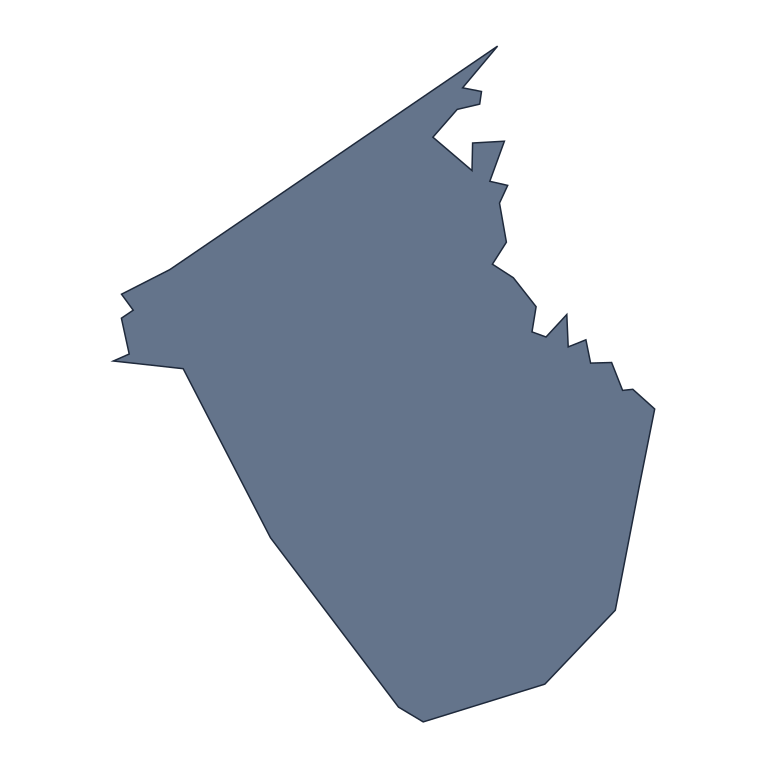 outline of Caldwell, Kentucky, United States of America
{"feature_id": "52423323B23836541816495", "entity_name": "Caldwell", "entity_type": "district", "adm_level": 2, "iso_a3": "USA", "parent_name": "United States of America", "parent_adm1": "Kentucky", "projection": "robinson", "projection_center": [-87.834, 37.165], "detail": "fine", "context": "isolated", "style": "filled", "palette": "slate", "viewbox_px": 768, "rotation_deg": 0, "n_neighbors": 0, "source": "geoboundaries", "source_scale": "gbopen_adm2", "svg_char_len": 620}
<svg xmlns="http://www.w3.org/2000/svg" viewBox="0 0 768 768"><path d="M497.6,46.1L169.8,269.6L121.5,294.2L133.2,310.2L121.4,318.2L129.2,354.0L113.3,361.0L183.2,368.7L270.5,537.8L398.5,707.1L423.2,721.9L544.9,684.1L586.0,640.9L615.3,610.2L639.2,486.6L654.7,409.0L632.8,389.3L622.6,390.4L611.6,362.5L590.6,363.1L585.9,339.8L568.2,346.9L566.8,314.5L546.0,337.0L532.0,331.9L536.1,306.7L513.4,277.8L492.4,264.2L506.4,242.2L499.5,203.1L507.7,185.4L489.8,181.3L504.4,141.2L472.6,143.0L472.0,170.6L432.9,137.2L457.2,109.4L479.7,104.1L481.5,91.5L462.6,87.8L497.6,46.1Z" fill="#64748b" stroke="#1e293b" stroke-width="1.5"/></svg>